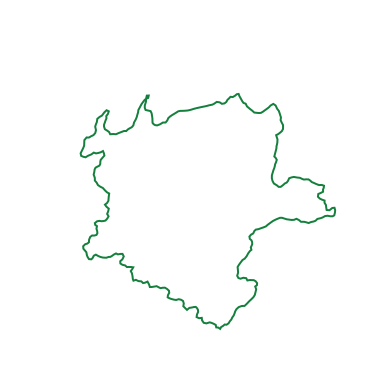 Rio Vermelho, Minas Gerais, Brazil, rotated 45°
{"feature_id": "56859067B81516280099310", "entity_name": "Rio Vermelho", "entity_type": "district", "adm_level": 2, "iso_a3": "BRA", "parent_name": "Brazil", "parent_adm1": "Minas Gerais", "projection": "robinson", "projection_center": [-43.059, -18.249], "detail": "fine", "context": "isolated", "style": "outline", "palette": "green", "viewbox_px": 384, "rotation_deg": 45, "n_neighbors": 0, "source": "geoboundaries", "source_scale": "gbopen_adm2", "svg_char_len": 5461}
<svg xmlns="http://www.w3.org/2000/svg" viewBox="0 0 384 384"><g transform="rotate(45 192 192)"><path d="M308.7,264.5L308.8,262.6L310.3,261.4L310.7,259.0L310.1,256.4L310.0,254.4L309.2,252.3L308.8,249.8L307.9,247.7L307.0,246.0L306.3,243.6L306.4,240.4L307.8,237.4L309.7,235.4L309.8,232.6L309.7,228.5L309.8,226.0L309.8,223.0L309.2,220.4L307.9,218.2L306.2,215.4L303.5,214.1L303.8,212.0L302.5,210.4L300.1,210.1L297.9,210.7L296.5,212.1L295.1,213.4L293.7,215.4L291.3,214.6L288.9,216.4L287.6,219.0L285.7,220.0L283.2,219.3L281.7,216.5L279.4,214.5L277.3,212.8L276.7,210.4L276.2,207.3L275.8,204.4L276.4,201.8L276.0,198.6L275.1,195.6L274.7,192.8L274.9,190.9L272.8,189.6L271.5,186.3L269.8,184.8L268.2,184.1L266.1,184.3L264.1,182.9L263.9,180.4L264.6,178.0L263.7,175.6L263.7,173.5L265.3,171.2L266.4,168.8L267.5,166.6L268.6,164.0L268.7,161.8L269.1,159.1L269.7,155.4L270.5,152.8L271.4,150.5L272.5,148.0L273.9,146.6L276.2,145.4L278.3,144.3L280.0,143.0L282.0,141.5L283.8,139.6L284.8,137.1L287.5,136.2L290.1,136.0L292.3,133.8L294.3,132.6L296.4,131.5L297.4,129.1L298.9,126.8L299.7,124.9L299.7,122.4L301.5,119.5L302.5,117.3L303.1,114.9L304.7,112.9L306.9,111.4L308.6,109.7L309.1,107.9L307.7,105.6L306.1,103.6L303.9,102.4L302.5,104.1L302.1,107.7L299.9,109.5L297.8,108.0L295.9,106.5L293.3,105.9L291.8,104.3L289.1,105.6L286.9,106.3L284.4,106.3L282.7,104.1L283.7,101.7L284.5,99.1L282.9,97.6L282.2,95.9L280.9,94.2L278.7,95.3L276.9,97.3L274.2,98.5L271.5,99.5L269.6,100.3L267.7,100.3L265.5,100.7L263.8,102.3L262.3,104.1L260.6,104.9L258.4,105.6L255.6,107.8L253.4,109.3L252.0,111.4L251.0,113.6L252.0,116.2L252.3,118.4L251.6,120.3L251.5,122.7L251.1,125.6L249.6,127.1L247.1,127.3L243.9,128.1L241.0,127.2L238.6,125.7L236.7,123.7L235.4,121.3L234.1,118.9L233.3,117.0L232.3,115.2L231.2,113.7L230.4,111.6L229.2,109.3L227.0,108.7L225.1,108.7L224.1,107.0L223.1,105.3L222.0,103.4L220.7,101.3L219.4,99.9L218.4,98.2L217.4,96.7L215.2,94.3L212.8,93.1L211.3,92.3L212.0,90.2L212.3,88.0L212.5,85.4L211.8,83.1L210.3,81.5L209.0,80.3L206.4,79.5L203.8,78.5L202.2,76.4L199.7,75.1L197.8,74.1L196.1,73.3L193.2,72.9L190.0,71.7L187.2,72.2L186.4,75.3L186.5,77.9L186.1,80.5L185.7,83.0L185.4,85.0L184.8,87.3L183.4,88.9L181.6,90.4L179.8,91.8L177.3,91.9L174.7,92.2L172.8,92.4L170.4,92.6L167.5,91.6L165.4,92.6L163.5,92.3L160.7,91.5L157.8,90.7L155.6,89.7L154.5,91.3L154.4,93.3L153.7,96.0L151.9,97.5L152.0,99.8L151.9,101.7L152.6,104.1L152.3,106.4L150.8,108.5L148.2,109.0L145.8,110.8L145.2,114.1L144.6,115.9L142.9,118.4L141.6,120.7L140.2,122.9L138.7,125.1L137.3,127.3L135.9,129.5L134.5,131.9L133.2,134.4L131.5,137.2L130.1,138.9L128.4,140.8L126.4,142.9L125.2,144.7L124.7,147.0L124.1,149.5L123.5,151.9L123.1,154.1L123.0,156.6L123.9,158.8L124.2,161.5L122.3,163.5L121.5,166.8L120.3,169.5L118.6,170.8L116.9,171.2L115.2,171.0L113.8,169.7L112.0,168.0L109.9,166.4L107.8,164.9L105.5,164.1L103.1,165.6L101.2,166.8L99.1,165.9L97.6,164.4L96.7,162.8L95.6,160.7L93.6,158.6L93.4,160.5L93.7,162.6L94.2,165.7L95.3,169.2L96.1,171.9L97.6,173.9L99.0,176.5L100.1,178.4L101.0,180.7L101.9,183.9L103.4,186.3L103.6,188.8L102.9,191.0L102.4,193.1L102.4,195.4L100.8,196.9L99.7,199.4L98.5,202.1L97.4,204.9L95.2,206.8L93.3,209.0L91.0,208.2L88.5,208.6L86.0,209.2L83.6,208.0L82.2,206.6L81.3,204.6L80.2,202.4L79.5,200.5L77.7,198.9L77.3,196.1L76.1,193.8L73.8,194.6L73.7,197.6L74.0,199.6L74.3,201.6L73.6,204.1L73.3,207.2L75.3,209.9L76.2,212.1L77.3,214.2L79.0,215.3L80.4,216.2L81.9,218.7L82.1,221.5L81.3,223.7L80.6,226.4L78.9,228.0L79.2,231.4L81.2,233.6L82.9,235.4L84.0,237.8L84.9,240.5L85.9,243.4L88.1,244.8L90.3,243.9L92.2,242.7L92.9,239.8L94.2,236.7L94.7,233.6L96.8,232.6L98.0,230.9L99.3,228.6L100.1,226.0L102.5,227.0L104.3,228.2L104.5,230.9L104.7,233.8L105.9,235.6L107.2,236.9L107.9,238.8L107.1,241.2L106.6,243.0L107.2,244.9L108.8,247.0L110.2,249.3L111.8,250.0L113.4,250.8L115.2,252.6L118.0,252.8L120.5,253.6L123.4,253.1L126.1,252.2L129.6,252.4L132.3,252.3L134.5,251.6L136.0,253.6L137.6,255.6L139.1,257.3L139.7,259.8L139.4,262.5L141.9,262.9L144.9,262.6L146.4,264.9L147.5,267.5L150.2,268.2L150.9,270.8L151.0,273.4L149.9,275.2L148.5,276.8L146.8,278.0L145.6,279.8L145.3,282.7L146.9,283.7L148.9,283.3L150.4,285.5L152.6,286.7L154.2,288.0L154.8,289.9L153.8,291.8L152.1,293.4L151.8,295.7L152.9,298.4L154.7,300.5L154.4,302.6L153.4,304.5L153.4,307.3L155.3,308.9L157.6,309.1L159.9,309.3L162.5,311.1L164.3,311.8L166.6,312.3L168.4,310.8L168.4,308.9L167.6,306.5L168.3,304.3L170.9,303.6L173.1,302.7L175.3,301.4L177.8,299.2L179.0,296.9L180.2,295.5L180.7,293.3L181.0,291.3L181.7,289.2L183.7,288.5L185.1,286.5L186.6,284.9L189.3,285.8L190.4,288.9L190.2,291.7L191.9,293.2L194.2,292.7L196.7,291.2L199.0,291.1L200.4,289.6L202.0,288.1L203.7,286.8L204.3,288.9L204.6,291.2L207.1,292.0L209.6,293.7L211.6,295.3L213.3,296.1L214.4,293.8L217.1,292.9L219.4,291.0L221.8,291.0L222.9,289.4L223.9,286.8L227.2,287.8L229.4,289.0L230.9,287.4L232.1,285.7L233.6,283.6L235.9,282.9L237.7,282.3L239.0,280.4L240.5,278.8L243.0,278.2L245.5,278.1L247.2,279.4L247.9,281.9L249.3,283.7L251.2,283.1L253.3,282.1L255.3,280.9L257.1,279.6L258.4,277.2L260.5,275.9L262.8,275.4L265.1,276.7L266.6,278.9L269.0,278.9L271.8,278.9L272.1,275.8L273.7,273.6L274.7,272.0L275.9,270.6L277.8,270.6L279.5,271.1L281.1,272.4L282.2,275.2L283.7,277.2L286.3,276.2L287.9,274.1L289.8,275.6L292.8,276.2L295.1,274.7L296.7,271.6L298.9,270.5L300.7,269.8L302.8,269.2L304.9,270.6L306.4,269.3L308.7,268.9L308.1,266.9L308.7,264.5ZM93.6,158.6L94.5,156.5L93.2,154.4L91.9,155.8L93.6,158.6Z" fill="none" stroke="#15803d" stroke-width="2"/></g></svg>